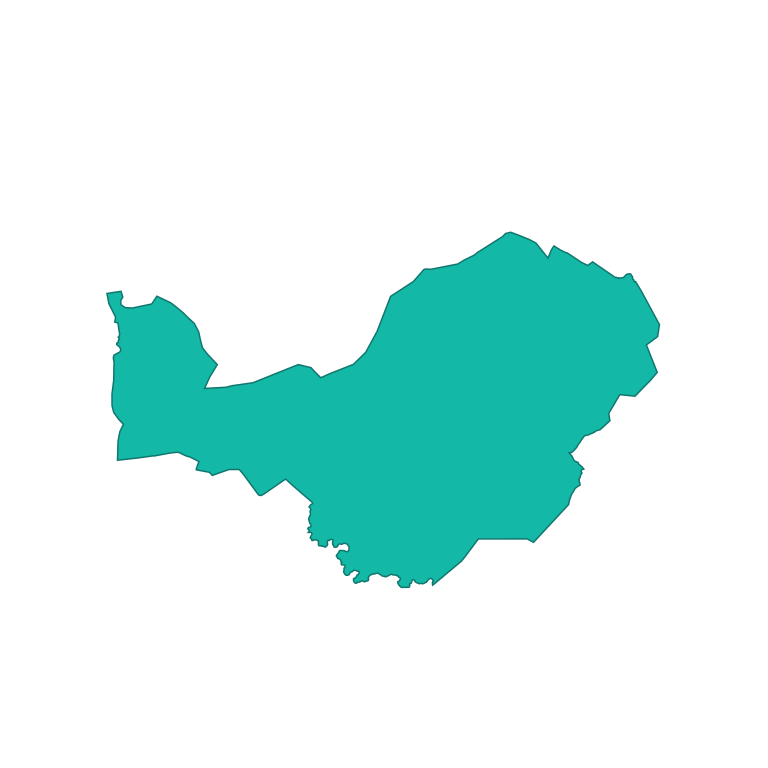 the district of Suru, Kebbi, Nigeria, rotated 62°
{"feature_id": "59680162B61567493958965", "entity_name": "Suru", "entity_type": "district", "adm_level": 2, "iso_a3": "NGA", "parent_name": "Nigeria", "parent_adm1": "Kebbi", "projection": "robinson", "projection_center": [4.167, 11.787], "detail": "fine", "context": "isolated", "style": "filled", "palette": "teal", "viewbox_px": 768, "rotation_deg": 62, "n_neighbors": 0, "source": "geoboundaries", "source_scale": "gbopen_adm2", "svg_char_len": 6170}
<svg xmlns="http://www.w3.org/2000/svg" viewBox="0 0 768 768"><g transform="rotate(62 384 384)"><path d="M330.8,183.7L324.5,188.0L315.1,195.9L309.5,200.9L308.2,206.0L309.5,210.0L311.8,240.2L312.6,243.5L312.2,255.2L312.7,262.5L304.7,288.8L301.9,293.4L301.7,295.2L307.3,309.9L309.7,337.0L334.3,365.4L347.4,385.2L352.3,401.8L349.4,427.3L348.8,436.9L340.3,439.5L335.3,440.8L326.6,450.6L321.4,499.0L316.5,512.6L314.3,518.6L312.6,525.3L303.7,544.5L296.3,535.0L288.6,522.1L275.0,525.8L266.8,527.3L258.5,525.3L250.8,523.1L241.4,523.1L232.4,526.2L227.1,527.8L220.4,530.5L216.7,532.1L212.0,534.3L199.9,543.3L204.3,551.5L198.8,570.5L195.1,576.6L190.6,579.0L187.8,577.8L186.4,576.8L184.6,573.8L178.7,572.7L174.0,586.1L184.0,589.2L199.0,589.6L203.0,592.7L205.1,590.2L214.4,593.6L215.6,593.7L217.7,595.7L217.9,596.7L218.8,596.7L219.4,596.1L220.2,596.4L220.5,597.6L221.2,598.5L222.4,598.9L222.8,599.3L222.4,600.6L223.4,601.4L224.4,601.3L225.3,600.8L227.7,600.0L230.4,600.4L231.7,602.2L231.7,607.1L231.8,608.9L233.8,610.7L238.2,612.2L254.1,621.1L265.0,628.8L275.4,634.3L282.3,636.0L290.8,634.8L297.2,633.0L302.1,639.6L309.5,645.6L326.2,655.1L333.7,636.2L338.9,622.0L339.6,620.9L344.4,605.7L346.9,599.3L348.1,597.3L354.1,592.9L354.9,592.0L355.4,591.8L357.2,589.7L365.6,583.8L370.9,589.7L371.7,590.0L380.0,579.6L384.1,578.5L386.7,561.1L391.5,552.0L397.4,550.6L423.0,546.9L424.5,545.4L424.8,544.4L424.8,542.0L421.9,517.1L421.8,515.4L428.8,513.0L454.9,502.9L455.9,503.2L456.1,503.8L456.3,505.8L456.8,506.7L457.1,507.7L457.8,507.9L459.3,507.4L460.2,507.4L460.9,507.9L461.3,508.7L462.2,509.4L464.0,509.8L464.8,510.3L465.9,511.9L467.6,513.8L469.6,514.4L472.0,514.8L474.2,514.8L475.2,515.1L475.7,515.9L475.2,517.8L475.5,518.6L476.1,519.2L476.7,519.2L477.4,518.9L478.4,518.8L479.0,519.2L479.5,520.5L480.4,518.5L481.3,517.9L482.4,517.9L483.1,518.4L484.0,519.9L485.0,521.3L485.6,521.3L486.8,520.7L487.8,521.2L488.5,521.0L488.8,520.3L488.8,518.7L489.4,517.8L490.0,516.9L491.0,515.9L491.7,515.6L492.5,516.2L493.1,516.1L495.1,517.4L496.3,517.4L497.0,515.9L497.8,515.3L498.3,514.3L498.7,513.8L499.7,513.3L500.4,512.5L500.3,511.6L500.1,510.7L499.8,509.9L499.2,509.1L497.9,508.7L497.0,508.2L496.1,507.4L495.8,506.6L496.5,505.6L496.0,504.7L496.2,504.1L497.3,502.3L498.0,502.5L498.9,503.0L499.5,503.6L500.1,504.0L501.3,504.5L503.6,504.5L504.1,504.7L505.2,503.9L505.5,503.3L505.7,501.6L505.3,500.8L504.6,500.3L504.3,499.8L504.2,498.8L504.5,498.0L505.7,496.6L505.8,495.4L505.8,494.4L506.2,493.5L508.2,491.5L512.1,491.4L512.6,491.9L513.5,492.5L514.1,493.1L514.5,493.8L514.9,494.6L514.7,495.3L514.3,495.9L513.5,496.7L512.6,497.2L511.5,498.9L511.1,499.8L510.5,500.7L510.2,501.5L510.9,502.4L511.5,502.9L511.9,504.0L512.6,505.4L512.8,506.3L513.1,506.5L514.0,506.9L514.5,506.8L515.0,506.4L515.8,506.7L516.5,506.7L516.9,506.1L517.5,505.5L518.3,505.1L519.1,504.9L519.9,505.3L520.8,505.3L521.7,505.0L522.1,505.9L522.8,506.4L523.5,506.4L524.0,506.0L524.9,504.5L525.7,503.8L526.1,503.6L526.6,503.8L527.0,504.1L527.4,504.7L527.7,505.4L528.2,506.0L529.6,506.7L531.1,507.9L533.1,507.9L534.2,507.7L535.0,507.3L535.8,506.0L535.9,505.0L535.9,504.3L535.7,503.8L535.1,503.3L534.8,502.6L534.5,500.8L534.8,500.2L534.6,499.5L534.4,498.9L534.3,498.2L534.4,497.6L535.4,496.4L536.6,495.6L537.1,495.1L537.2,494.6L537.8,494.1L538.3,494.2L538.8,494.4L539.2,494.7L540.1,496.3L540.2,497.8L540.7,498.1L541.4,499.2L541.6,499.9L541.7,500.3L541.7,500.9L541.5,501.5L541.6,501.9L541.9,502.5L542.7,503.0L544.6,503.4L545.4,503.2L546.1,502.9L546.7,502.5L546.9,501.7L546.8,500.0L547.4,498.5L547.4,497.2L547.8,495.5L548.3,494.9L549.1,494.4L549.6,493.9L549.6,493.1L550.1,490.7L550.0,490.0L549.6,489.5L549.1,489.2L548.5,489.3L548.0,489.1L547.6,488.6L547.1,488.3L546.7,487.2L546.3,486.7L546.1,486.2L546.2,485.5L546.5,484.9L546.5,484.2L546.3,483.3L546.6,482.7L547.0,482.3L547.3,481.4L547.6,479.7L548.0,478.4L548.6,477.9L549.3,477.5L549.9,477.3L551.8,475.9L552.8,475.7L553.1,475.3L553.8,474.0L554.7,473.6L555.0,473.2L555.2,472.1L555.2,471.0L555.4,469.9L555.2,467.8L555.4,467.0L556.6,465.9L557.5,464.5L558.6,463.0L559.0,462.5L559.4,462.6L560.0,461.8L560.5,461.6L561.5,461.8L562.5,460.8L563.2,460.8L563.9,461.1L565.1,462.9L565.2,463.4L565.0,464.5L565.6,465.0L567.0,465.3L569.2,465.1L570.0,464.8L571.1,464.5L571.5,464.2L572.5,462.9L573.0,461.5L574.0,460.0L574.4,459.1L574.5,458.3L574.9,458.0L575.2,457.4L575.1,456.8L574.7,456.3L573.9,455.8L572.8,455.5L572.4,455.1L572.7,453.8L572.5,453.3L572.1,452.8L570.8,451.7L570.4,451.0L570.5,450.1L570.8,449.7L571.7,449.1L572.1,449.3L572.9,449.3L573.7,449.1L574.3,448.8L575.0,448.2L576.7,446.9L577.1,446.1L577.3,445.1L578.4,443.9L578.7,442.9L578.8,441.8L578.6,440.7L578.9,440.3L579.0,439.7L578.1,437.8L577.3,435.4L577.6,433.8L579.7,432.8L580.9,432.8L581.2,433.7L582.0,434.3L583.4,435.2L584.5,435.4L576.8,398.9L574.3,393.0L565.1,373.4L588.0,330.3L594.0,326.3L577.1,277.6L573.8,274.9L570.9,271.8L568.7,269.1L568.2,267.8L567.5,266.7L566.8,265.8L566.3,264.9L566.0,264.0L565.7,263.1L565.3,259.7L565.4,258.5L564.1,257.8L563.2,257.5L562.6,257.6L560.7,256.9L559.5,256.2L559.1,255.8L559.0,255.3L557.7,253.9L557.2,253.7L556.4,252.5L556.1,252.3L555.7,251.5L555.6,251.0L553.1,250.8L552.7,250.0L552.6,249.7L552.6,249.1L552.7,248.7L552.9,247.5L549.9,248.1L546.4,249.6L545.6,249.7L545.1,249.5L544.7,249.5L544.0,249.7L542.1,251.4L541.6,251.7L540.3,252.1L536.2,251.9L531.6,252.8L532.6,250.6L531.9,247.7L531.4,246.3L530.3,243.3L529.3,242.0L528.5,240.6L527.5,238.4L526.4,236.6L525.4,234.7L524.0,231.6L524.1,230.3L524.9,227.4L525.0,224.9L525.3,222.4L525.2,220.4L525.0,218.3L525.8,214.5L522.5,201.8L515.5,199.4L504.1,180.8L512.6,168.1L508.1,154.2L506.2,147.9L502.0,137.3L472.7,134.0L470.6,120.2L460.9,112.9L422.6,113.2L413.3,113.7L412.6,113.9L411.8,113.7L411.4,114.7L411.0,115.1L409.7,114.5L408.1,115.1L405.8,114.2L404.1,114.6L403.2,114.5L402.6,114.6L401.9,115.7L401.4,116.7L401.2,117.9L401.2,119.1L401.7,120.3L402.4,122.4L402.1,123.5L401.8,124.1L401.8,125.1L401.4,126.0L400.6,126.4L400.4,126.8L400.6,127.7L400.2,128.2L399.0,128.6L398.5,129.8L374.1,142.5L375.0,148.4L369.6,152.4L354.6,160.5L352.2,162.7L348.4,165.4L344.2,167.8L341.9,169.2L344.2,173.3L349.8,180.1L330.8,183.7Z" fill="#14b8a6" stroke="#0f766e" stroke-width="1.5"/></g></svg>